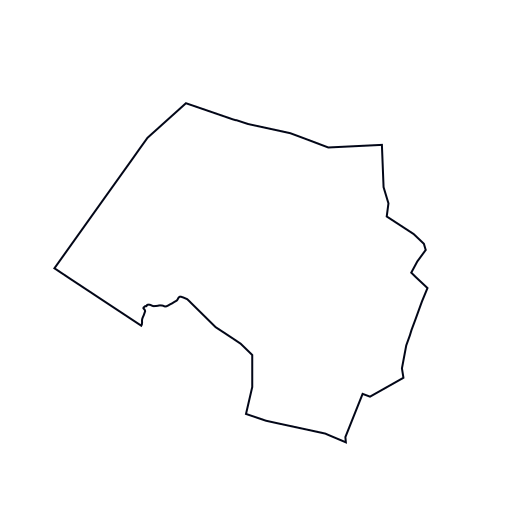 outline of Onavas, Sonora, Mexico, rotated 22°
{"feature_id": "50627088B8443354195275", "entity_name": "Onavas", "entity_type": "district", "adm_level": 2, "iso_a3": "MEX", "parent_name": "Mexico", "parent_adm1": "Sonora", "projection": "albers", "projection_center": [-109.518, 28.457], "detail": "fine", "context": "isolated", "style": "outline", "palette": "ink", "viewbox_px": 512, "rotation_deg": 22, "n_neighbors": 0, "source": "geoboundaries", "source_scale": "gbopen_adm2", "svg_char_len": 1782}
<svg xmlns="http://www.w3.org/2000/svg" viewBox="0 0 512 512"><g transform="rotate(22 256 256)"><path d="M410.5,186.1L407.1,181.8L394.0,176.6L362.4,170.4L359.1,157.6L348.5,144.4L331.1,105.8L282.4,128.3L252.4,129.0L252.2,129.0L241.8,129.3L199.3,136.6L187.1,137.4L186.2,137.7L183.2,138.0L133.8,140.6L111.1,187.1L107.8,200.7L105.1,212.2L94.2,257.4L73.7,342.9L93.6,347.0L173.7,363.2L173.8,363.2L175.7,363.6L175.8,362.4L175.7,361.8L175.5,361.3L175.3,360.4L175.1,359.9L174.7,359.1L174.4,358.3L174.1,357.1L174.0,355.5L174.1,352.9L174.0,351.0L173.9,348.8L173.4,348.0L172.5,347.3L172.0,347.1L171.5,346.8L171.3,346.7L171.1,346.5L171.1,346.3L171.1,346.0L171.1,345.8L171.2,345.6L171.4,345.3L171.5,345.1L171.7,344.8L171.8,344.4L172.0,344.1L172.4,343.8L172.8,343.7L173.0,343.7L173.2,343.4L173.3,342.9L173.4,342.6L173.4,342.2L173.5,342.1L173.8,341.8L174.3,341.5L175.0,341.2L176.5,340.9L177.6,341.0L178.0,341.0L178.4,341.0L178.9,341.0L179.4,340.9L179.6,340.9L180.2,340.7L181.0,340.3L181.8,339.9L182.8,339.4L183.8,338.8L184.6,338.2L185.6,337.7L186.8,337.3L187.9,337.0L189.0,336.9L189.9,337.0L191.0,336.7L191.8,336.2L193.1,334.8L194.3,333.2L196.0,331.3L196.9,330.0L197.7,328.9L198.7,327.7L199.3,326.8L199.5,326.1L199.6,325.4L199.7,324.3L199.9,323.4L200.3,322.7L200.5,322.4L201.0,322.1L201.3,322.0L201.7,321.9L202.2,321.8L203.0,321.8L204.0,321.7L208.4,321.8L212.2,323.3L212.3,323.4L245.2,337.1L264.2,340.9L274.7,343.1L289.6,349.2L301.6,378.9L305.9,406.2L326.9,405.0L338.8,403.0L386.8,394.7L389.5,394.8L409.1,395.1L406.7,390.4L406.5,343.9L414.4,343.7L438.3,313.7L438.2,313.5L433.4,305.5L428.8,282.6L428.4,271.9L427.9,266.3L427.6,255.2L427.1,241.6L426.9,235.9L426.9,235.7L427.0,221.5L411.8,215.6L406.2,213.3L407.6,200.6L411.1,186.8L410.5,186.1Z" fill="none" stroke="#020617" stroke-width="2"/></g></svg>